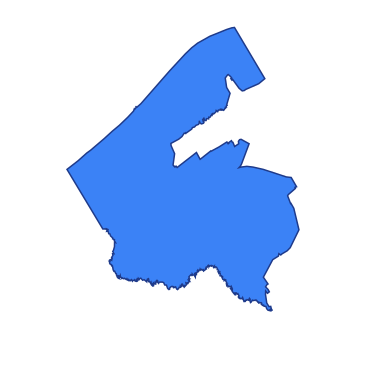 the district of Rucavas pag., Rucavas, Latvia, rotated 69°
{"feature_id": "27541924B59290429759101", "entity_name": "Rucavas pag.", "entity_type": "district", "adm_level": 2, "iso_a3": "LVA", "parent_name": "Latvia", "parent_adm1": "Rucavas", "projection": "natural_earth1", "projection_center": [21.143, 56.166], "detail": "fine", "context": "isolated", "style": "filled", "palette": "blue", "viewbox_px": 384, "rotation_deg": 69, "n_neighbors": 0, "source": "geoboundaries", "source_scale": "gbopen_adm2", "svg_char_len": 6124}
<svg xmlns="http://www.w3.org/2000/svg" viewBox="0 0 384 384"><g transform="rotate(69 192 192)"><path d="M53.6,93.4L53.0,96.0L52.7,101.3L53.0,119.5L55.0,133.3L57.2,140.5L60.6,148.6L70.8,169.3L91.3,208.2L93.1,213.1L91.7,214.0L92.7,213.6L93.3,214.2L94.3,215.9L94.4,216.4L94.1,216.4L95.5,217.6L99.2,225.2L103.7,235.9L106.6,244.4L110.9,255.4L116.7,271.8L117.9,276.3L122.0,287.1L126.1,300.6L194.6,288.5L195.6,285.7L196.4,285.4L195.7,285.1L196.9,283.9L198.2,285.6L198.5,284.4L201.1,284.7L201.7,283.7L203.8,283.8L206.5,282.5L207.3,282.9L208.7,281.5L209.3,282.0L211.7,281.6L211.1,282.3L215.3,284.0L218.4,286.3L219.1,287.3L221.7,287.0L221.2,288.3L222.9,288.6L224.3,290.5L224.9,290.2L225.7,290.5L225.6,291.0L226.9,291.5L226.0,292.2L226.0,293.2L227.0,293.3L226.9,294.1L227.7,293.8L228.6,294.4L229.9,294.3L230.9,293.2L231.4,293.5L232.2,292.9L232.4,293.3L233.4,292.9L236.4,293.5L238.1,293.3L238.2,292.6L240.6,292.4L241.2,291.9L242.3,292.3L244.1,291.9L244.3,292.3L246.1,291.7L246.6,291.1L246.0,291.3L245.5,290.7L243.9,290.6L244.4,289.9L245.3,289.8L244.4,289.0L245.8,289.3L246.1,289.0L245.8,288.4L246.5,288.9L247.6,288.5L247.2,287.9L248.6,286.7L248.4,285.9L250.2,284.7L249.6,283.8L251.4,283.5L251.7,283.1L251.3,282.6L252.1,282.6L252.1,281.8L252.7,281.6L252.1,280.0L253.9,279.6L253.3,278.8L253.8,277.7L253.5,277.2L254.4,277.2L254.9,276.7L254.3,276.6L255.2,276.4L255.5,275.7L255.0,275.6L255.2,275.2L254.5,275.3L254.7,274.5L254.0,275.0L254.0,274.4L253.4,274.2L253.9,273.5L253.3,273.1L254.8,272.7L254.1,271.6L254.1,270.7L256.7,269.7L256.7,268.1L259.4,266.6L258.6,266.4L258.1,265.4L257.4,264.9L257.3,263.7L258.0,263.7L258.7,265.0L259.3,264.9L260.3,264.5L260.6,264.0L260.3,263.6L262.6,263.3L262.0,262.7L264.2,263.1L265.8,262.3L265.8,261.5L265.3,261.3L264.7,261.3L264.3,262.0L263.6,261.7L263.8,260.9L263.0,260.5L264.7,259.6L264.9,258.9L263.1,258.6L263.6,258.0L261.9,256.9L261.9,256.3L262.7,255.9L263.7,256.5L265.3,255.9L264.5,255.2L264.6,254.3L265.5,251.9L266.5,250.9L269.0,250.8L269.8,249.2L273.3,249.3L274.8,248.5L274.7,247.7L273.7,247.3L273.0,245.9L272.9,244.4L273.6,243.7L274.7,243.6L274.8,243.1L274.3,242.8L274.8,242.5L274.7,241.3L277.1,241.1L277.8,240.5L277.4,240.2L277.6,239.4L276.4,238.1L276.8,237.1L275.9,236.7L276.2,236.6L275.9,236.1L276.5,235.9L276.3,235.4L274.7,235.1L274.4,234.4L275.1,234.3L275.0,233.9L277.0,233.8L276.7,232.9L277.9,233.1L276.6,230.5L274.8,230.2L276.0,229.3L276.0,228.6L275.7,228.4L275.1,228.8L275.2,227.5L274.4,226.8L274.6,226.3L272.9,226.9L273.2,226.0L272.4,225.9L272.3,225.3L271.6,226.0L270.7,225.2L270.0,225.2L268.8,222.6L269.2,222.0L270.5,222.1L268.7,221.2L269.7,221.0L270.3,219.8L272.6,219.4L270.7,218.6L269.0,218.7L268.9,217.6L270.3,218.1L270.7,217.5L269.1,216.7L268.8,215.9L267.2,214.7L268.5,214.4L268.0,213.7L267.4,214.3L267.5,212.4L266.9,212.0L268.1,211.8L267.7,210.6L268.7,210.2L269.0,209.8L268.8,209.4L269.9,209.5L269.1,206.7L268.7,206.4L268.3,206.7L267.9,206.2L268.2,206.0L267.3,205.8L267.2,204.5L267.9,204.1L267.1,203.9L267.2,203.4L266.5,203.6L266.2,203.0L267.8,202.4L267.2,201.4L268.2,200.4L267.7,199.9L268.8,198.8L270.0,198.9L269.4,197.9L270.0,198.2L270.8,197.7L270.1,197.1L271.0,196.1L272.8,195.8L273.5,196.3L274.4,195.4L275.4,195.5L275.7,196.1L276.2,195.3L276.8,196.1L277.6,196.1L277.2,195.1L277.9,195.5L278.3,194.9L279.8,195.7L280.1,195.2L280.5,195.5L280.8,194.5L281.4,194.5L281.9,193.8L282.9,194.2L282.6,194.6L284.6,194.5L285.5,193.5L286.2,193.7L285.9,192.9L286.5,192.6L285.7,192.5L286.2,192.0L286.9,192.4L289.3,192.1L289.7,192.7L291.4,193.0L291.2,192.4L292.0,192.9L292.0,192.4L293.4,192.3L293.0,191.6L292.6,191.7L293.8,190.8L294.1,189.7L294.6,189.7L294.2,189.2L296.3,189.1L295.9,190.6L297.7,190.2L297.7,189.4L299.3,190.1L301.3,189.3L301.6,188.3L301.8,189.0L302.4,188.4L302.5,189.0L303.5,188.6L303.6,188.0L302.7,187.5L302.4,186.9L303.7,186.1L303.4,185.6L305.6,185.3L306.6,186.4L307.6,186.2L307.5,185.6L308.6,185.6L309.1,184.8L308.8,184.3L309.7,183.5L308.8,182.6L312.9,182.7L313.1,182.0L312.6,181.4L313.0,181.2L312.3,180.4L312.6,179.8L312.2,179.2L313.4,177.9L312.7,177.8L312.7,177.2L311.9,176.5L313.0,176.1L313.1,176.6L316.2,177.0L316.1,176.4L315.2,176.2L315.4,175.4L314.7,174.1L315.4,173.5L315.7,171.1L316.4,171.0L316.4,170.5L318.4,170.0L318.6,169.2L319.5,169.5L320.0,167.2L320.6,166.8L321.2,166.9L321.5,167.5L323.7,166.5L323.0,166.5L323.3,165.7L324.5,165.7L325.3,164.0L327.7,164.1L329.6,163.4L331.3,160.9L330.7,160.4L330.9,159.6L330.3,159.6L329.6,160.8L329.3,159.8L327.0,159.5L326.6,161.2L322.4,162.0L314.0,160.1L310.8,158.7L313.6,157.8L312.9,155.6L310.3,155.9L306.9,157.3L305.2,155.0L305.1,154.0L297.1,155.9L284.1,140.9L282.8,134.3L280.7,133.0L282.6,131.7L282.0,130.1L281.0,124.2L279.2,120.3L265.6,105.7L243.7,102.8L238.0,103.7L238.1,104.1L229.8,104.1L228.9,103.0L225.7,94.2L224.6,94.2L224.6,92.5L214.0,94.2L211.7,98.6L196.4,117.4L190.6,126.1L187.7,131.6L186.3,137.3L186.1,139.4L185.0,137.3L183.6,135.7L167.4,121.4L160.4,127.3L160.2,128.8L161.3,130.5L163.7,131.1L164.8,135.9L160.3,136.0L160.1,136.5L158.2,136.8L159.1,140.1L159.6,140.0L159.9,141.0L157.8,141.5L159.6,150.5L160.8,159.7L160.4,159.8L164.4,172.7L156.7,173.7L163.8,197.1L162.2,197.6L162.5,198.6L162.0,198.8L162.2,199.3L160.0,200.0L150.0,194.5L141.2,194.9L139.1,194.3L137.9,185.3L136.6,181.4L134.3,178.2L135.1,177.0L134.4,176.5L134.8,176.0L133.2,169.8L132.0,168.5L132.2,166.3L131.2,164.4L131.2,161.7L130.3,160.6L128.1,159.6L129.8,159.9L131.3,159.3L131.9,158.6L131.9,156.6L131.1,155.8L129.5,156.3L129.0,155.6L128.2,156.0L127.4,154.5L129.9,154.5L130.3,153.2L129.0,152.5L128.8,151.9L129.7,150.3L128.2,149.6L128.7,148.7L128.4,147.9L127.5,147.1L127.6,146.3L126.9,146.0L127.5,145.7L126.2,144.6L126.8,144.0L126.4,143.4L126.7,143.1L125.7,140.9L124.6,140.2L126.2,139.2L125.0,138.0L125.6,136.3L124.9,135.9L125.0,135.5L125.9,135.5L126.3,134.8L125.7,134.3L126.9,133.4L126.6,133.1L126.8,132.4L125.8,131.4L125.8,130.7L125.0,130.5L125.1,129.5L124.6,129.5L123.8,128.9L123.6,128.1L122.8,128.2L113.5,121.1L106.8,122.2L97.5,120.1L95.4,116.8L95.3,116.1L97.9,114.7L99.8,114.1L100.1,115.1L101.9,114.6L101.5,113.7L112.0,110.9L115.6,108.9L116.0,106.8L115.5,105.1L114.8,90.9L112.3,83.4L53.6,93.4Z" fill="#3b82f6" stroke="#1e3a8a" stroke-width="1.5"/></g></svg>